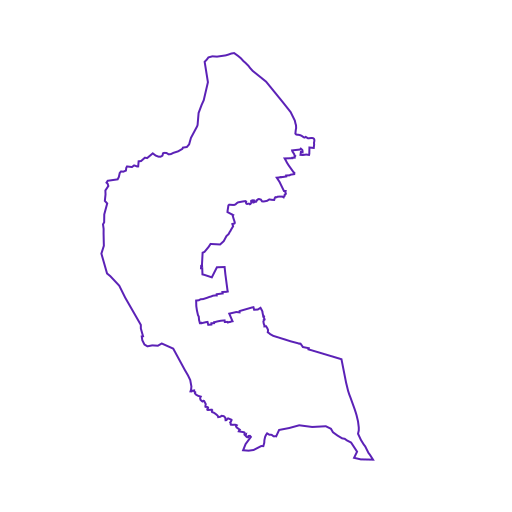 outline of Ungogo, Kano, Nigeria, rotated 284°
{"feature_id": "59680162B36976404849364", "entity_name": "Ungogo", "entity_type": "district", "adm_level": 2, "iso_a3": "NGA", "parent_name": "Nigeria", "parent_adm1": "Kano", "projection": "natural_earth1", "projection_center": [8.508, 12.042], "detail": "fine", "context": "isolated", "style": "outline", "palette": "violet", "viewbox_px": 512, "rotation_deg": 284, "n_neighbors": 0, "source": "geoboundaries", "source_scale": "gbopen_adm2", "svg_char_len": 6028}
<svg xmlns="http://www.w3.org/2000/svg" viewBox="0 0 512 512"><g transform="rotate(284 256 256)"><path d="M360.8,269.7L361.5,269.4L361.8,269.6L362.4,269.8L362.5,269.4L362.8,269.4L363.2,268.9L364.1,268.4L366.3,266.0L367.2,265.5L369.9,272.8L370.3,273.2L371.0,273.5L370.2,275.1L369.8,275.5L369.1,275.6L368.5,276.0L367.8,276.1L367.8,274.4L364.9,274.7L365.3,277.0L366.6,280.2L366.9,283.0L368.0,283.0L374.2,281.6L374.8,285.9L378.4,285.4L379.7,284.9L381.4,284.8L382.6,284.6L383.3,284.2L383.8,283.8L384.1,283.0L384.1,282.4L384.0,281.6L383.4,279.7L383.0,278.9L382.8,277.9L383.6,275.4L383.1,275.0L382.7,274.5L382.7,273.7L383.5,271.6L383.9,270.0L383.9,267.9L383.6,266.5L383.7,265.4L384.3,264.6L387.9,264.1L389.8,264.0L392.5,263.2L394.2,262.2L396.8,260.9L404.0,254.8L411.8,244.7L427.6,223.6L434.8,208.0L437.1,204.6L438.6,202.8L440.9,199.0L442.1,196.6L444.2,193.5L445.8,190.2L447.6,185.7L446.5,183.1L444.7,180.4L443.3,178.0L440.0,169.9L439.2,165.4L437.2,161.8L434.6,160.7L432.0,159.2L413.0,167.3L394.5,167.6L389.6,166.7L380.9,165.7L369.1,167.6L367.6,167.5L354.9,164.3L348.1,164.1L345.0,162.5L343.5,158.9L342.1,158.6L338.7,155.1L336.1,150.9L334.3,148.8L333.5,146.7L334.3,144.2L333.9,142.2L333.4,141.1L332.7,140.9L331.7,141.0L330.7,140.9L329.9,140.1L329.2,139.2L328.8,137.3L329.2,134.3L330.6,131.0L324.7,126.7L324.5,124.4L320.3,121.5L319.5,119.2L314.4,120.0L314.1,118.9L314.3,117.5L314.4,115.8L312.3,114.1L311.7,109.2L310.2,108.8L307.4,109.1L305.7,106.8L305.4,104.6L303.6,103.7L299.5,103.8L296.9,103.2L293.1,93.9L291.0,93.2L290.3,94.5L288.2,95.8L283.2,94.0L279.3,95.1L272.9,96.0L271.0,98.9L259.7,98.7L252.0,100.5L249.7,99.9L245.4,101.6L240.8,102.7L229.1,105.9L220.9,105.4L207.0,113.4L203.0,115.7L201.2,119.5L194.1,130.5L184.0,139.1L161.3,160.9L157.8,161.8L150.8,165.8L150.3,164.6L146.7,166.1L143.1,169.2L142.1,172.5L144.2,177.0L145.2,182.5L148.3,185.7L146.1,198.1L128.2,214.5L123.7,218.9L119.7,222.2L113.7,224.9L110.8,225.3L108.8,225.2L109.0,226.3L110.0,227.1L110.6,228.5L109.6,228.8L109.1,230.0L107.9,230.0L106.9,231.5L106.3,233.8L106.2,236.4L105.3,236.2L104.2,236.3L103.0,237.0L102.1,238.6L101.9,239.3L102.8,240.0L102.7,240.8L100.1,243.1L99.0,243.1L97.7,243.3L97.4,243.5L97.7,244.9L97.6,245.8L97.3,246.2L96.7,246.2L95.8,245.8L95.1,245.9L94.9,246.5L96.2,250.3L95.9,250.7L95.5,250.5L94.7,250.7L93.9,251.2L93.8,252.8L93.4,254.0L92.6,255.9L91.9,257.2L91.4,257.8L90.5,258.3L91.3,260.1L91.7,260.6L92.6,261.2L92.8,263.2L92.7,263.7L91.7,265.3L89.3,266.2L89.6,267.0L90.6,267.4L91.7,268.2L91.2,271.8L91.0,272.0L89.1,271.7L88.3,271.2L87.3,272.0L86.6,272.1L86.2,272.5L86.6,274.3L87.1,276.0L87.3,277.3L87.1,278.3L86.0,277.8L85.0,278.6L83.5,282.3L82.3,281.8L81.7,281.7L82.1,287.0L81.8,287.7L79.9,288.0L79.6,288.5L80.5,289.4L79.0,289.5L78.4,290.3L78.0,291.4L78.3,292.2L79.5,292.2L79.8,292.8L80.0,293.7L79.2,294.8L71.0,291.4L64.4,290.5L65.3,295.9L67.2,300.6L72.9,307.1L73.3,309.1L76.7,309.2L79.3,308.7L82.7,308.6L84.8,309.0L86.6,309.7L85.8,312.2L86.2,313.8L86.2,314.6L85.8,315.5L85.5,316.2L85.3,317.0L85.9,318.5L85.9,319.2L92.8,320.5L97.1,329.8L102.2,338.9L103.7,351.9L107.7,364.9L106.5,370.5L103.6,373.3L101.5,378.5L99.9,383.7L100.1,386.3L99.1,388.7L98.0,393.4L90.6,401.4L83.9,400.0L84.0,406.8L86.7,418.8L90.7,414.6L92.1,412.8L97.7,408.0L99.2,406.1L102.9,402.3L108.2,398.0L111.7,397.9L114.5,397.2L120.2,395.0L125.8,392.1L128.0,390.8L131.2,388.8L141.5,381.9L144.2,380.0L147.4,378.0L155.0,374.0L176.5,363.9L178.1,329.5L179.3,329.5L179.0,323.5L180.1,322.3L181.7,320.4L181.7,319.7L181.4,319.5L181.3,319.2L181.5,317.8L181.6,310.5L182.7,292.0L183.6,288.7L184.6,286.7L184.8,285.9L187.1,285.6L188.7,284.4L190.3,282.7L189.7,281.2L191.2,280.7L191.4,280.4L192.6,279.7L194.3,279.0L195.9,279.3L196.0,279.2L196.4,279.7L197.2,279.3L198.7,277.9L199.2,278.4L199.8,277.9L199.7,277.6L200.0,277.3L202.9,275.9L203.2,275.9L204.3,275.2L206.8,272.9L204.5,270.7L203.4,267.2L205.7,265.9L205.1,264.6L198.6,253.4L197.3,253.7L196.9,250.5L193.6,244.0L187.0,249.0L186.5,247.9L185.7,246.8L185.7,246.5L184.7,244.8L185.2,244.4L185.1,244.1L184.4,241.7L185.9,241.1L184.7,237.6L183.1,234.2L182.0,232.3L181.7,231.4L180.7,231.6L180.0,229.0L178.7,229.3L177.7,226.3L180.3,224.9L179.8,223.6L177.5,219.2L177.9,219.0L177.3,217.8L178.2,217.3L180.2,216.2L183.4,215.1L184.6,214.0L189.0,211.8L192.9,210.2L198.3,208.7L199.2,211.2L200.6,212.7L201.4,215.1L203.5,218.5L205.1,220.8L205.7,222.0L207.1,223.9L208.0,226.3L208.2,227.4L209.4,227.1L210.9,230.9L211.6,232.7L212.9,232.1L213.7,234.5L214.0,235.7L214.7,237.2L216.4,236.4L231.1,230.6L237.7,228.2L235.6,220.8L224.6,218.3L225.2,210.6L225.2,208.5L231.1,206.8L230.8,205.6L233.1,205.2L233.2,206.1L234.9,205.6L246.3,203.4L247.5,205.0L253.3,207.8L256.7,209.0L258.5,218.4L262.6,221.1L268.2,222.5L270.6,224.1L273.4,224.8L274.3,225.2L275.4,225.4L279.3,226.6L281.3,225.3L281.7,225.9L282.0,226.7L282.3,227.2L282.8,227.4L283.3,227.3L284.1,226.9L287.3,224.9L289.6,223.6L290.2,223.9L291.7,217.7L292.8,217.5L298.4,217.0L299.3,217.6L300.0,221.5L300.4,222.7L301.2,223.7L302.5,224.5L303.7,225.6L305.8,230.2L306.7,232.5L306.4,233.3L305.5,233.3L304.9,233.6L304.5,234.0L304.4,234.4L304.3,234.7L305.0,236.1L305.1,236.5L305.0,237.1L304.7,237.5L304.9,237.8L305.1,238.0L306.3,238.4L306.5,238.6L307.1,238.6L307.6,238.4L307.9,238.0L308.2,237.9L308.5,238.1L309.2,239.1L309.5,240.6L309.2,240.8L308.7,240.6L308.1,240.7L308.1,240.3L307.9,240.0L307.7,240.1L307.6,240.4L307.3,240.6L307.5,241.0L308.5,242.1L308.6,242.5L308.6,242.8L308.8,243.1L309.2,243.2L309.9,243.0L310.2,243.1L310.7,243.8L311.6,244.3L312.0,245.0L311.9,247.1L310.5,248.6L310.6,249.6L310.9,250.6L312.2,253.4L314.1,255.2L314.4,258.2L314.8,260.1L316.8,260.2L317.8,260.6L317.9,261.7L318.7,262.5L319.4,264.6L320.0,267.2L319.6,268.6L320.6,268.7L321.2,269.2L322.5,269.0L322.9,269.6L323.6,269.9L324.1,269.7L324.8,269.1L326.2,269.0L325.8,267.4L333.6,260.9L337.0,257.2L338.4,261.1L338.6,261.0L339.1,262.8L340.5,266.1L341.4,265.8L342.4,269.0L343.3,270.0L344.7,273.3L346.0,273.1L346.5,272.0L351.9,265.7L354.1,263.4L355.6,262.1L357.6,260.2L359.7,267.6L360.1,267.5L360.8,269.7Z" fill="none" stroke="#5b21b6" stroke-width="2"/></g></svg>